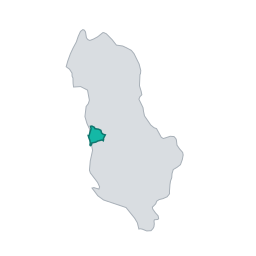 location of Kavajë, Tiranë, Albania, rotated 349°
{"feature_id": "67620474B5524789266710", "entity_name": "Kavajë", "entity_type": "district", "adm_level": 2, "iso_a3": "ALB", "parent_name": "Albania", "parent_adm1": "Tiranë", "projection": "natural_earth1", "projection_center": [19.564, 41.139], "detail": "fine", "context": "in_parent", "style": "filled", "palette": "teal", "viewbox_px": 256, "rotation_deg": 349, "n_neighbors": 0, "source": "geoboundaries", "source_scale": "gbopen_adm2", "svg_char_len": 1815}
<svg xmlns="http://www.w3.org/2000/svg" viewBox="0 0 256 256"><g transform="rotate(349 128 128)"><path d="M82.4,77.4L82.6,73.9L83.5,68.4L83.0,66.5L83.5,63.4L81.8,59.1L79.0,56.1L81.7,50.7L85.6,44.2L89.3,39.1L93.7,33.7L96.6,28.6L99.8,24.1L102.5,22.8L103.9,23.7L104.6,25.7L104.4,31.4L105.3,33.4L107.2,34.8L111.2,34.1L115.6,32.7L121.5,29.6L122.5,29.8L124.7,31.4L129.3,38.3L132.4,44.4L138.4,46.5L141.7,48.9L146.1,52.5L148.1,56.2L151.1,67.3L151.5,74.0L150.6,77.1L149.9,77.9L147.3,88.8L147.9,94.4L147.9,98.0L145.7,99.5L144.2,101.8L146.6,110.9L146.4,114.8L146.5,119.3L150.9,129.4L153.5,132.6L155.9,134.1L158.9,143.5L160.7,145.1L167.9,144.2L171.5,145.2L172.9,147.5L173.2,149.0L172.8,154.2L174.6,158.3L177.0,162.4L177.0,165.0L175.4,169.1L172.5,174.0L168.7,175.9L164.5,177.4L162.5,181.2L161.4,185.2L159.6,188.2L158.4,191.5L156.6,198.1L156.2,200.5L153.3,203.0L148.9,204.0L144.9,204.2L142.2,205.3L140.8,207.6L138.3,209.4L136.8,210.3L136.8,212.3L138.7,216.5L140.8,220.0L140.8,222.7L139.8,223.5L136.5,223.1L135.8,224.1L135.5,227.2L134.6,229.9L133.3,231.5L131.0,233.2L126.7,232.6L122.7,230.0L120.6,229.2L119.4,229.3L119.1,222.8L117.3,217.8L110.9,205.7L90.3,194.0L85.4,188.7L83.3,184.3L81.2,180.1L83.2,180.0L85.2,181.1L87.8,182.4L88.9,180.3L87.8,175.7L82.5,165.0L82.1,162.1L84.7,153.1L89.0,143.1L88.7,131.0L90.1,121.8L88.6,115.9L87.9,108.6L91.0,98.9L93.7,96.5L95.4,93.4L95.5,83.1L89.4,78.3L82.4,77.4Z" fill="#d9dde1" stroke="#a8b0b8" stroke-width="1"/><path d="M95.2,121.0L92.9,119.2L91.5,119.2L91.6,121.7L88.2,128.2L87.5,127.9L87.7,130.1L88.2,132.8L88.1,135.4L87.4,137.4L87.7,138.1L89.0,137.5L89.6,135.8L93.8,135.7L95.8,135.0L100.3,134.8L101.3,135.8L101.8,134.8L102.0,133.4L104.4,130.4L102.5,129.5L101.1,127.8L101.0,126.0L100.9,125.1L98.9,123.6L95.3,122.3L95.2,121.0Z" fill="#14b8a6" stroke="#0f766e" stroke-width="1.5"/></g></svg>